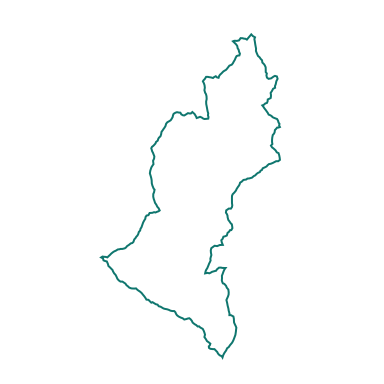 outline of Marília, São Paulo, Brazil, rotated 185°
{"feature_id": "56859067B32414621865348", "entity_name": "Marília", "entity_type": "district", "adm_level": 2, "iso_a3": "BRA", "parent_name": "Brazil", "parent_adm1": "São Paulo", "projection": "robinson", "projection_center": [-49.991, -22.185], "detail": "fine", "context": "isolated", "style": "outline", "palette": "teal", "viewbox_px": 384, "rotation_deg": 185, "n_neighbors": 0, "source": "geoboundaries", "source_scale": "gbopen_adm2", "svg_char_len": 6053}
<svg xmlns="http://www.w3.org/2000/svg" viewBox="0 0 384 384"><g transform="rotate(185 192 192)"><path d="M276.8,118.9L274.9,118.1L274.2,116.2L272.7,115.7L270.8,115.4L269.5,113.0L268.8,111.0L267.2,109.8L265.6,108.4L264.4,107.4L263.8,106.1L262.4,104.1L261.0,102.9L259.8,101.0L258.8,99.1L257.3,97.6L255.4,96.5L253.5,96.7L251.9,95.8L250.3,94.9L249.1,93.4L247.8,92.6L246.2,91.3L244.1,90.7L242.5,90.7L240.7,90.8L239.4,91.1L238.0,89.9L236.9,89.2L235.2,88.3L233.4,87.0L232.0,85.5L230.6,84.1L229.3,82.6L228.0,80.8L226.0,80.8L224.5,79.5L222.9,78.2L221.7,78.8L219.8,77.8L218.1,77.0L216.5,76.8L215.2,75.3L213.3,75.0L211.9,74.3L210.3,73.5L208.8,73.2L206.7,73.0L204.9,72.6L203.1,71.9L201.4,71.7L199.2,71.8L198.0,70.7L197.4,69.4L196.2,67.9L194.5,66.8L192.2,65.9L190.3,65.4L188.6,64.3L186.7,64.9L185.1,65.6L183.7,66.0L182.3,65.1L180.9,63.6L180.0,62.0L178.7,61.1L177.6,60.4L176.2,59.8L174.6,58.5L173.3,58.8L171.9,57.7L169.4,56.6L168.3,54.9L167.5,53.3L166.6,51.0L167.0,48.6L165.4,46.7L164.1,44.8L162.2,43.7L160.5,42.5L160.9,40.8L161.8,39.7L161.5,38.2L160.1,37.4L157.8,37.3L155.9,37.4L154.3,36.0L152.9,34.8L152.2,33.6L151.2,32.5L149.7,31.5L148.1,31.1L147.2,29.8L146.6,32.4L145.6,34.7L144.2,37.1L143.4,39.4L141.9,40.7L140.8,42.7L138.9,45.4L138.2,47.0L137.7,48.4L137.1,50.5L136.3,53.5L136.1,57.0L136.1,58.7L136.0,60.7L136.8,62.3L137.7,63.8L138.7,65.6L139.0,67.4L139.2,69.2L139.9,71.6L142.5,72.7L144.0,72.6L144.1,74.3L145.1,77.0L145.6,79.1L146.6,81.9L147.0,83.4L147.4,84.8L148.3,87.4L147.0,91.2L146.6,93.1L146.7,95.3L147.3,98.0L149.0,99.7L149.9,101.5L151.8,103.3L153.3,103.7L154.1,105.2L154.6,106.6L154.6,108.9L154.9,111.1L154.3,113.2L153.7,115.5L152.9,117.8L152.0,119.2L153.6,119.1L155.1,119.0L156.5,119.2L158.5,119.0L160.5,117.0L161.1,115.7L163.3,114.9L165.1,114.2L166.3,113.3L167.6,112.5L169.5,112.8L171.8,112.1L171.5,114.4L171.0,115.9L170.2,117.3L169.2,120.4L168.7,122.2L168.1,123.6L167.5,125.4L167.9,127.0L167.6,129.0L167.2,130.9L167.9,133.4L168.2,135.4L167.9,137.7L166.3,139.1L164.8,140.4L162.2,140.3L159.7,141.6L156.7,142.0L157.9,144.3L158.6,146.5L157.4,148.0L156.8,150.2L155.1,150.8L153.5,151.7L153.0,154.4L151.6,155.7L150.8,157.3L149.5,157.5L148.6,159.5L149.0,161.4L149.5,163.3L150.6,164.1L152.2,166.1L153.4,167.4L154.3,169.9L154.6,171.6L155.3,173.0L156.4,174.4L156.3,176.7L155.3,177.5L153.9,178.7L151.8,178.8L150.9,180.4L150.7,182.2L151.2,184.4L151.5,187.5L151.7,189.6L151.8,191.7L151.3,193.3L149.8,195.1L148.4,197.2L147.8,198.9L146.7,201.0L145.7,202.6L145.2,204.0L144.9,205.5L143.4,206.6L141.8,208.5L140.2,208.9L139.0,209.2L138.0,210.2L136.2,210.5L133.5,211.5L131.9,213.2L130.4,214.1L129.2,215.7L127.8,216.9L126.2,217.7L125.6,219.2L124.3,220.0L123.6,221.8L121.6,222.9L119.9,224.0L119.1,225.2L117.8,226.5L116.0,227.0L114.0,228.0L112.3,229.1L110.9,230.0L108.8,230.2L107.2,231.7L107.7,234.0L108.3,236.1L109.2,238.3L111.0,238.9L112.4,240.8L113.7,241.8L114.9,242.7L116.1,243.4L117.4,245.1L116.1,246.8L116.6,248.7L116.8,250.9L116.8,253.1L116.5,255.8L115.4,257.3L114.9,258.7L114.8,260.9L113.6,262.4L112.8,263.6L111.3,263.8L110.1,264.4L111.0,265.8L110.8,267.5L111.8,268.7L112.5,270.5L113.6,272.1L115.0,272.5L116.7,273.0L118.3,273.6L119.3,274.6L120.8,275.3L122.4,275.8L123.4,277.4L125.7,280.1L127.2,281.7L128.2,283.0L129.5,284.4L128.1,285.1L126.7,286.6L125.1,287.3L124.6,288.9L124.6,290.8L123.0,291.7L121.8,292.5L121.7,294.0L121.8,295.6L122.3,297.5L121.1,299.7L120.2,301.9L118.3,303.1L118.6,304.7L118.0,306.6L117.8,308.3L117.6,309.8L116.6,312.2L117.5,314.5L119.5,314.9L120.8,314.1L123.1,312.1L125.6,311.4L127.3,312.5L128.0,314.6L127.8,316.6L129.0,317.9L129.2,320.2L129.5,322.7L130.5,324.5L131.5,325.7L133.2,327.1L133.7,329.3L135.2,330.6L136.4,332.1L138.1,333.3L138.9,334.7L139.8,336.4L140.6,338.1L140.7,340.5L141.2,342.2L141.9,344.8L142.6,347.7L143.2,349.8L142.7,351.6L144.9,352.6L146.7,354.2L148.1,352.2L149.3,350.5L150.6,348.6L152.1,349.3L153.5,349.3L155.1,349.6L157.0,349.5L158.4,347.1L160.3,346.5L163.1,346.3L164.3,345.7L161.0,343.0L159.7,341.5L159.0,339.1L158.0,337.9L157.3,335.8L156.3,333.9L156.7,332.2L158.1,331.9L159.4,331.3L160.1,329.8L160.9,327.3L161.8,325.5L162.5,323.8L163.5,322.3L165.8,321.1L167.0,319.2L167.9,317.8L168.8,316.6L170.0,315.8L171.3,314.8L173.0,312.7L174.2,311.4L175.0,310.1L175.5,308.1L177.2,308.4L178.4,309.4L180.0,308.4L181.0,307.4L183.1,307.8L185.0,307.9L186.3,308.1L188.0,307.9L189.1,305.7L190.1,304.5L190.8,303.2L189.6,301.3L188.8,299.4L188.3,297.0L188.5,294.5L187.6,292.1L186.6,290.7L185.9,288.7L185.5,285.9L185.8,283.4L185.5,280.9L184.8,278.5L184.3,276.7L183.9,275.2L183.4,273.5L182.7,271.8L182.8,269.8L182.1,268.1L182.2,266.5L184.2,266.1L185.9,265.8L187.2,266.1L188.7,267.0L190.5,267.6L191.9,266.9L193.8,266.1L194.5,267.5L195.5,268.9L196.4,270.1L197.5,270.8L198.6,271.7L200.0,270.1L201.3,270.0L202.9,270.2L204.7,268.8L206.3,267.6L207.6,267.6L209.4,268.4L210.5,270.0L212.2,270.0L213.9,270.2L215.5,269.5L217.1,268.3L217.6,266.8L217.8,265.0L218.6,263.2L219.5,261.6L221.2,260.3L222.6,259.4L223.7,257.8L224.2,255.3L225.0,253.7L225.9,252.2L226.7,250.7L227.6,249.3L227.8,246.7L228.3,244.7L229.7,243.2L230.3,241.8L230.6,240.2L232.2,238.7L232.6,237.2L233.7,235.7L234.6,234.6L235.8,233.5L236.4,232.0L235.8,230.6L235.2,229.0L234.3,227.7L233.7,226.4L232.6,224.2L232.7,221.9L233.5,219.7L233.1,217.8L232.8,216.3L233.6,215.0L234.6,213.0L235.4,209.7L235.6,206.9L234.5,204.2L233.8,202.3L233.2,200.1L232.8,197.1L232.0,194.9L231.2,193.4L230.5,192.0L229.5,191.1L229.8,188.4L230.4,186.6L230.2,183.9L229.5,181.7L228.7,180.0L227.9,178.0L226.4,176.2L225.3,174.3L223.8,172.9L222.6,170.8L223.6,169.9L225.0,169.3L226.6,168.4L228.0,168.6L229.7,167.8L232.4,167.4L233.4,165.1L235.2,164.6L236.1,163.0L236.2,161.2L237.1,159.5L238.0,157.4L239.3,152.3L240.1,150.9L240.3,149.1L241.5,147.5L241.9,145.4L242.6,143.8L243.6,142.6L244.2,141.3L245.4,139.7L246.0,137.2L247.0,136.0L248.6,135.4L250.1,133.9L252.0,132.4L252.9,131.0L254.1,130.0L256.5,129.2L258.1,129.1L259.4,128.6L260.9,128.3L262.9,126.8L264.1,126.2L265.3,125.3L267.1,123.6L268.2,122.2L269.5,120.8L270.6,119.5L272.1,119.8L274.2,119.8L275.5,119.9L276.8,118.9Z" fill="none" stroke="#0f766e" stroke-width="2"/></g></svg>